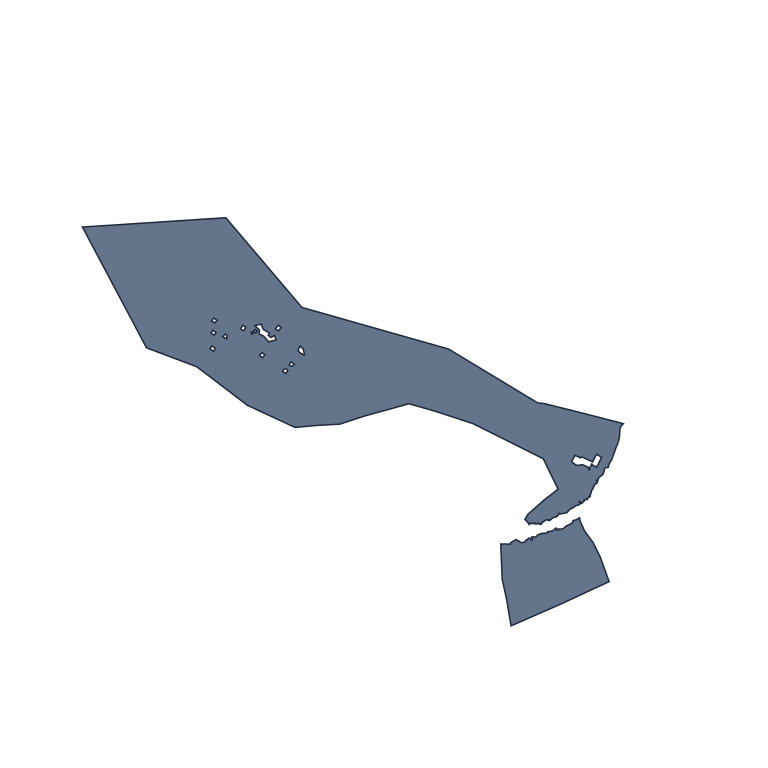 Zemam Out, Al Jizah, Egypt (Robinson projection), rotated 62°
{"feature_id": "37247803B81980397210132", "entity_name": "Zemam Out", "entity_type": "district", "adm_level": 2, "iso_a3": "EGY", "parent_name": "Egypt", "parent_adm1": "Al Jizah", "projection": "robinson", "projection_center": [30.957, 29.003], "detail": "fine", "context": "isolated", "style": "filled", "palette": "slate", "viewbox_px": 768, "rotation_deg": 62, "n_neighbors": 0, "source": "geoboundaries", "source_scale": "gbopen_adm2", "svg_char_len": 5981}
<svg xmlns="http://www.w3.org/2000/svg" viewBox="0 0 768 768"><g transform="rotate(62 384 384)"><path d="M569.5,240.2L568.3,239.4L567.3,237.4L567.1,236.1L566.8,233.6L566.2,232.8L565.5,232.1L564.4,230.5L564.0,230.2L563.4,230.0L562.9,229.5L562.1,228.5L561.9,227.6L562.1,227.1L562.4,226.7L562.8,226.0L562.9,225.3L562.7,224.9L562.2,224.3L561.4,224.0L561.0,223.4L560.3,222.6L560.2,222.3L559.6,221.6L557.8,218.6L557.0,217.6L555.6,216.1L553.3,213.7L551.4,211.4L550.6,210.7L549.7,209.7L549.0,209.0L546.9,206.2L544.5,203.7L542.5,201.9L539.7,199.9L536.2,197.9L535.2,197.3L534.2,196.4L532.7,194.7L532.4,194.2L531.4,191.3L517.6,206.3L505.7,219.3L476.6,251.6L472.8,257.2L383.4,310.6L277.9,420.5L162.9,445.6L103.8,576.6L240.6,576.7L280.9,541.2L338.8,514.6L380.6,482.9L388.8,463.3L398.7,441.9L403.1,416.5L413.2,371.2L432.3,351.4L460.7,324.1L524.7,278.5L558.6,279.7L561.5,296.7L566.6,318.1L569.8,323.2L571.5,322.6L574.0,321.9L576.3,321.8L575.9,321.2L575.7,321.1L575.7,320.8L576.0,319.8L575.7,319.4L576.7,319.1L577.0,318.2L577.4,317.6L577.5,317.2L577.6,316.3L578.0,316.6L578.0,316.8L578.6,316.1L579.0,315.0L579.5,314.1L579.2,313.7L579.6,312.7L579.9,312.8L580.8,312.7L581.1,312.2L581.5,311.8L581.6,311.2L581.4,310.5L581.3,310.4L581.0,310.3L580.7,310.5L580.6,310.4L580.7,309.9L580.9,309.3L580.8,308.8L580.1,308.7L579.9,308.0L580.3,307.2L580.4,306.4L580.0,305.6L580.0,305.3L580.3,304.3L580.7,303.6L580.8,303.4L580.6,303.0L580.9,302.7L581.6,303.0L581.8,302.9L582.0,302.6L582.2,302.3L582.2,301.8L581.8,301.4L581.6,301.4L581.6,301.1L582.0,301.0L582.2,300.4L581.8,299.6L581.6,298.6L581.6,296.2L581.9,295.4L582.0,295.0L581.8,294.4L581.8,293.9L581.9,293.6L581.7,292.6L581.8,292.7L581.5,291.5L581.1,290.6L580.5,290.5L580.3,290.2L580.7,289.7L581.2,289.7L581.7,289.0L582.0,287.9L582.6,285.8L583.5,282.8L583.1,282.5L582.8,281.2L582.5,280.3L582.8,280.3L582.4,280.3L582.3,280.0L581.8,277.1L582.1,275.9L582.0,275.5L581.8,275.4L581.9,274.5L581.8,274.0L581.8,273.3L581.7,272.8L581.7,272.1L581.5,271.9L581.6,271.3L581.7,270.9L582.0,269.3L582.3,268.8L582.3,268.2L581.8,267.0L580.5,266.9L580.2,267.0L579.7,267.0L579.4,266.9L579.3,266.7L579.8,266.2L582.0,265.8L582.2,265.7L582.2,265.4L582.1,265.2L582.0,264.7L582.1,264.3L582.0,264.0L581.6,263.6L581.5,263.2L581.6,262.6L581.5,262.2L580.6,262.2L580.4,261.9L580.3,261.6L580.5,261.0L580.7,259.9L581.4,259.4L581.6,258.9L581.2,258.4L580.5,257.8L580.2,257.4L580.0,256.6L580.5,255.9L580.2,255.1L579.8,254.3L579.5,254.2L579.4,254.3L578.9,254.3L578.6,254.1L578.0,253.2L577.6,252.4L577.3,252.0L576.5,251.6L576.2,251.3L575.8,251.2L575.6,250.5L574.9,249.5L574.6,249.4L574.6,249.0L574.4,248.5L574.3,248.2L572.8,246.8L572.8,246.5L572.4,246.0L571.7,245.0L571.6,244.5L571.8,244.0L571.7,243.4L571.5,242.9L571.4,242.5L571.4,242.1L570.6,241.6L569.9,241.3L569.2,242.0L568.9,241.8L569.4,241.3L569.1,241.0L569.3,240.6L569.7,240.4L569.5,240.2ZM548.6,246.5L548.1,247.2L546.7,251.4L546.4,251.8L545.9,252.2L545.8,252.4L542.6,254.0L540.7,254.8L536.6,248.9L540.8,245.7L541.5,245.3L540.7,244.1L540.8,243.9L550.8,236.3L546.0,229.7L546.1,228.7L546.8,228.7L547.3,228.6L549.8,226.7L550.5,226.4L550.9,226.4L556.6,234.2L557.1,234.9L557.3,234.9L557.3,235.0L553.4,238.0L553.2,238.0L552.4,237.9L552.1,238.1L555.1,242.2L555.0,242.6L555.4,242.7L555.9,242.5L556.2,242.6L555.9,243.5L553.8,242.8L553.1,242.9L550.7,244.8L548.6,246.5ZM293.2,463.3L292.6,466.1L285.4,467.7L281.1,470.8L277.9,468.6L272.0,470.6L273.3,464.4L279.2,465.0L285.4,461.1L286.7,463.4L289.9,462.0L289.8,457.9L294.5,458.5L293.2,463.3ZM317.7,443.0L314.4,444.4L311.0,440.4L315.0,438.9L320.3,440.2L321.0,440.9L317.7,443.0ZM287.7,452.2L284.2,453.9L282.5,449.9L285.7,448.4L287.7,452.2ZM271.1,483.0L268.0,484.9L265.9,481.2L268.9,479.3L271.1,483.0ZM275.3,519.1L271.3,521.2L269.5,517.9L273.1,516.3L275.3,519.1ZM328.4,465.9L325.0,467.6L323.7,463.8L327.0,462.5L328.4,465.9ZM250.6,504.8L247.4,506.5L245.8,503.4L249.4,501.4L250.6,504.8ZM303.7,478.9L300.5,480.6L299.1,477.0L302.3,475.5L303.7,478.9ZM261.2,511.2L257.6,512.9L256.4,509.6L259.8,508.2L261.2,511.2ZM325.1,457.4L322.8,459.0L320.8,455.7L324.4,453.8L325.1,457.4ZM270.2,501.7L266.6,504.2L265.3,500.6L267.4,499.8L270.2,501.7ZM278.5,473.3L276.1,474.3L275.4,472.3L277.8,471.3L278.5,473.3ZM278.3,476.4L277.5,477.5L276.4,477.3L275.9,476.3L277.4,475.5L278.3,476.4ZM664.2,278.0L638.4,274.3L622.4,273.8L608.0,275.9L598.0,275.3L593.8,274.1L593.8,274.3L594.0,274.9L594.0,275.5L594.1,276.9L594.0,278.5L593.7,280.1L593.5,280.4L593.5,280.5L593.3,280.7L593.3,281.1L593.9,281.9L594.2,281.9L594.4,282.2L594.7,282.5L595.2,283.7L595.1,284.7L595.1,287.2L595.0,287.6L595.1,288.2L594.8,289.3L594.8,289.8L594.9,290.0L595.5,291.4L595.6,291.9L595.7,292.9L595.7,294.0L595.4,295.5L595.0,296.3L594.6,296.9L594.5,297.1L593.9,298.0L594.8,298.2L594.8,298.8L594.2,299.6L593.4,300.3L592.1,300.0L592.1,299.7L591.9,299.9L592.4,302.3L592.6,302.7L592.8,303.8L592.7,304.6L592.0,306.8L591.7,307.8L591.1,308.4L591.3,309.0L591.8,309.3L591.7,310.4L591.9,310.9L591.9,311.1L591.4,312.1L591.2,312.2L590.3,313.8L590.5,314.2L590.0,315.2L589.9,315.9L589.7,315.8L589.6,316.4L589.6,317.0L589.5,317.7L589.6,318.9L589.5,319.8L590.1,320.8L590.3,321.3L590.1,322.1L589.8,323.0L589.4,323.5L589.3,323.8L588.7,324.7L588.4,325.2L588.4,325.4L588.5,325.6L588.9,325.4L589.2,325.4L589.6,325.7L589.8,325.7L590.8,325.8L591.2,326.1L591.3,326.5L591.2,326.9L590.9,327.3L590.3,327.5L589.5,327.4L588.8,327.5L588.4,327.8L588.2,328.3L588.1,328.7L588.4,329.6L588.4,330.1L588.6,330.4L588.6,331.2L588.4,331.6L588.4,331.9L588.6,332.1L589.1,332.4L589.4,332.9L589.5,333.3L589.3,333.9L589.2,335.5L588.9,336.8L588.5,337.3L587.7,337.9L587.2,338.2L586.6,338.1L586.2,338.4L585.7,339.0L584.8,339.6L584.3,339.7L583.9,339.8L583.5,340.0L583.5,340.4L583.5,341.3L583.3,342.0L583.3,342.7L583.6,346.9L583.8,347.1L584.1,347.3L584.6,347.5L584.7,347.9L584.3,348.4L584.0,349.1L583.5,349.8L582.9,351.0L582.3,351.8L581.2,353.8L581.0,354.5L580.6,355.5L580.0,356.0L611.9,371.3L632.5,377.1L657.2,385.4L661.5,328.7L663.1,296.8L664.2,278.0Z" fill="#64748b" stroke="#1e293b" stroke-width="1.5"/></g></svg>